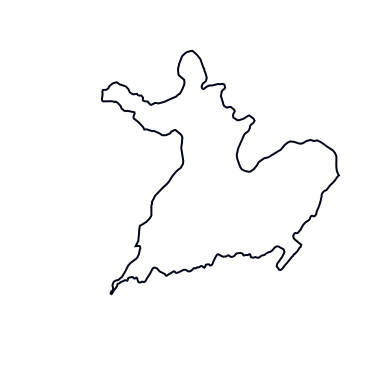 the district of Pueblo Nuevo Viñas, Santa Rosa, Guatemala, rotated 206°
{"feature_id": "79465075B34201935898883", "entity_name": "Pueblo Nuevo Viñas", "entity_type": "district", "adm_level": 2, "iso_a3": "GTM", "parent_name": "Guatemala", "parent_adm1": "Santa Rosa", "projection": "equal_earth", "projection_center": [-90.498, 14.233], "detail": "fine", "context": "isolated", "style": "outline", "palette": "ink", "viewbox_px": 384, "rotation_deg": 206, "n_neighbors": 0, "source": "geoboundaries", "source_scale": "gbopen_adm2", "svg_char_len": 6005}
<svg xmlns="http://www.w3.org/2000/svg" viewBox="0 0 384 384"><g transform="rotate(206 192 192)"><path d="M163.2,119.3L160.9,119.0L159.8,119.3L159.2,119.8L158.6,120.4L158.2,120.9L157.8,121.7L157.2,124.0L156.6,124.5L155.3,125.0L154.9,125.4L154.4,126.4L153.7,127.0L153.1,127.1L152.7,127.4L152.3,128.2L151.4,129.4L150.7,129.7L149.8,129.7L148.6,129.3L147.7,129.4L147.4,130.1L147.4,130.8L147.6,131.3L147.6,132.1L147.4,132.9L146.7,133.5L145.8,134.1L145.1,134.3L144.5,134.4L143.8,134.0L143.1,134.1L142.5,134.7L142.1,135.9L142.1,137.1L142.3,138.9L142.3,144.2L142.1,145.9L141.8,147.0L141.3,147.4L140.8,147.5L136.8,147.4L136.3,147.4L135.5,147.6L134.9,147.9L134.2,148.4L133.4,148.7L132.7,149.6L131.9,150.7L131.2,151.2L130.5,151.1L130.1,150.9L129.2,150.7L128.5,150.8L127.8,151.1L126.7,152.0L126.1,152.8L125.8,153.5L125.6,154.7L125.3,155.6L124.7,156.6L124.0,157.1L121.3,158.6L120.2,158.7L119.4,158.7L118.8,158.3L118.3,157.8L117.4,157.7L116.9,158.1L116.5,158.6L115.8,159.2L114.2,159.7L113.3,161.1L112.6,161.4L112.1,161.2L111.0,159.8L110.4,159.3L109.6,159.4L108.3,159.8L107.6,160.2L107.1,160.8L106.4,161.3L104.4,161.6L103.8,161.8L103.2,162.5L102.7,163.0L101.8,164.9L101.2,165.7L100.7,166.1L99.9,166.6L99.3,167.2L98.4,169.1L97.5,170.5L96.6,171.6L95.4,172.6L94.9,173.3L94.5,174.1L94.3,174.6L93.5,177.6L92.9,179.1L92.1,180.1L91.7,180.5L91.3,180.7L89.8,180.9L84.5,180.6L82.5,178.5L82.5,173.4L84.0,164.5L83.2,162.1L80.8,161.2L80.0,160.4L78.7,160.4L77.7,161.4L77.0,163.6L76.4,166.7L75.5,169.8L73.7,177.8L73.2,178.5L73.1,180.8L72.5,181.3L71.2,185.4L70.9,189.1L70.3,190.2L70.6,192.4L79.5,194.6L80.0,195.0L81.6,196.4L81.8,197.2L81.9,198.2L81.7,199.6L81.3,200.4L80.9,200.6L79.6,201.0L79.2,201.3L78.8,202.0L78.3,204.5L77.9,205.6L77.8,206.8L77.8,209.3L77.6,211.3L77.2,212.8L76.4,215.1L75.4,216.5L74.9,217.4L74.4,218.5L74.2,219.5L74.5,220.7L74.5,221.8L74.2,222.8L73.6,223.3L72.5,223.4L71.8,223.5L71.3,224.0L71.0,224.8L70.8,225.7L70.7,226.7L71.3,229.0L71.6,234.6L72.1,238.4L72.7,241.3L73.1,242.8L73.5,244.7L74.1,245.9L74.3,246.8L74.3,247.5L74.3,248.5L74.1,249.3L73.8,250.3L73.2,251.3L72.4,252.1L72.0,252.7L70.8,258.5L69.4,262.3L68.6,265.1L68.5,265.9L68.1,268.7L67.7,270.4L67.2,271.3L68.7,272.3L69.9,273.4L70.8,274.2L71.7,275.4L73.5,278.2L77.8,287.3L80.6,289.8L83.8,291.2L91.8,292.2L92.7,292.5L97.8,293.3L102.2,293.3L104.5,291.3L108.4,290.7L111.5,287.9L113.9,284.2L116.1,282.7L122.1,281.8L125.6,280.7L127.2,279.1L129.2,275.2L130.8,268.8L133.4,264.9L138.7,256.5L141.7,254.2L143.6,251.0L145.1,248.2L145.4,244.2L146.3,240.0L148.5,235.9L150.3,234.9L153.4,234.2L157.0,234.2L159.0,235.2L161.4,237.3L165.9,241.7L166.8,243.2L167.3,243.6L168.1,245.1L169.6,251.1L170.2,266.4L169.7,268.2L168.0,271.5L168.0,274.9L168.6,276.0L168.6,278.0L167.1,281.1L167.0,283.5L168.8,284.9L174.2,285.9L175.6,284.1L177.4,280.9L180.9,277.4L182.7,276.4L187.4,277.0L188.6,278.6L189.1,280.2L188.9,283.2L189.9,284.3L194.5,285.5L196.3,284.4L196.9,283.7L197.4,283.2L200.5,283.3L202.3,284.5L203.5,286.1L208.0,290.8L209.3,295.0L209.1,297.0L208.0,299.0L208.0,300.4L210.1,302.8L212.2,302.5L214.4,300.9L215.7,300.7L220.4,296.7L222.9,295.5L225.0,293.0L226.5,289.9L227.0,289.5L227.9,289.5L228.7,290.0L229.3,290.5L229.7,291.4L229.8,294.1L228.2,297.6L228.1,298.3L228.6,299.5L228.6,300.8L231.7,304.5L233.8,306.3L235.3,308.3L236.0,308.5L242.6,315.0L247.6,317.5L253.5,319.1L254.5,318.5L256.8,316.5L257.8,315.5L258.9,313.9L259.7,311.7L260.2,310.4L260.4,309.3L259.8,301.8L258.8,298.1L258.8,297.2L257.7,294.9L255.8,291.9L255.3,291.4L254.7,291.1L248.2,289.4L246.5,286.6L246.0,284.6L245.7,278.9L246.0,274.8L246.8,274.0L247.6,272.2L248.1,270.8L252.6,265.5L256.6,260.7L261.0,256.9L264.2,255.9L266.7,252.6L267.7,252.2L270.1,253.1L271.5,253.9L274.2,252.8L276.3,252.8L277.4,255.3L278.5,256.0L280.0,256.4L281.7,255.5L283.3,255.4L284.3,256.1L285.5,255.4L287.9,253.9L291.5,254.3L294.4,256.6L297.9,257.9L304.1,257.0L307.8,257.6L309.9,255.8L310.9,254.7L312.6,251.0L312.7,248.4L313.7,246.4L316.8,244.6L316.7,243.6L316.0,241.9L315.3,240.8L314.6,238.9L313.8,236.3L312.8,234.7L311.6,234.5L306.7,237.0L303.2,238.7L301.1,238.9L300.3,239.7L298.2,239.7L293.9,238.0L291.7,236.1L288.4,235.3L286.1,236.1L285.8,236.6L278.7,238.4L277.9,237.3L277.6,234.1L277.4,233.5L276.3,232.5L270.6,231.3L264.2,228.8L262.2,227.2L260.4,228.4L254.4,229.3L253.1,230.2L247.2,230.5L243.8,230.0L242.3,230.6L240.4,231.6L237.6,234.7L236.9,237.5L236.2,238.2L235.0,239.9L234.0,240.5L232.3,240.0L227.0,238.8L226.5,238.3L225.6,237.9L224.2,236.2L224.0,235.1L223.0,232.9L222.6,231.8L221.1,227.1L213.4,216.0L212.4,213.1L212.7,208.7L214.1,206.1L215.1,203.7L216.5,198.2L217.3,191.2L218.1,188.0L220.0,183.4L223.5,172.5L223.6,165.4L223.0,164.5L222.3,161.4L218.3,153.3L218.2,152.3L218.4,149.8L220.0,144.9L223.2,139.9L223.9,139.1L223.9,138.2L223.0,135.4L222.6,134.2L221.5,131.7L220.8,129.8L218.8,124.4L218.9,118.6L216.1,120.3L214.8,120.3L213.7,118.6L213.4,116.3L212.4,112.6L212.5,109.0L213.1,107.2L216.1,101.4L217.1,98.0L217.2,90.6L217.8,84.5L218.5,83.5L219.2,81.3L222.1,78.5L223.0,76.8L222.7,73.5L220.3,70.3L220.3,68.2L221.0,67.2L220.7,65.2L219.7,64.9L219.4,65.4L219.2,67.4L219.2,68.9L219.0,69.9L218.7,70.9L218.3,73.4L218.1,74.3L218.1,74.9L218.5,75.9L218.6,76.7L218.1,77.4L217.4,77.8L216.8,79.3L216.3,80.1L214.7,81.8L214.0,82.8L213.5,83.4L212.4,83.7L211.9,83.8L211.3,84.0L211.2,85.0L211.5,86.1L211.4,86.9L210.9,87.5L209.4,88.8L208.8,89.2L208.0,89.5L207.4,89.4L206.9,89.0L206.1,88.9L205.5,89.1L204.6,90.6L203.7,90.5L203.2,90.0L202.2,88.9L201.2,88.0L200.5,87.6L199.6,87.6L199.0,87.9L197.9,89.0L197.3,89.6L196.8,89.8L196.0,89.9L195.5,90.2L195.1,90.6L194.8,91.5L194.6,95.0L194.1,98.7L193.9,100.2L193.9,104.3L193.8,105.4L193.6,106.2L193.4,106.8L192.9,107.4L192.4,107.7L191.8,107.8L191.0,107.9L190.3,107.9L189.7,107.8L188.7,107.4L187.0,106.7L186.3,106.5L185.5,106.4L180.6,106.4L180.0,106.2L179.3,105.7L178.8,105.5L178.1,105.6L176.7,108.0L173.7,112.6L173.0,112.9L172.3,112.8L171.9,112.5L171.4,112.3L170.9,112.3L170.1,112.8L169.1,113.6L167.3,116.0L165.4,118.3L164.9,118.7L164.0,119.1L163.2,119.3Z" fill="none" stroke="#020617" stroke-width="2"/></g></svg>